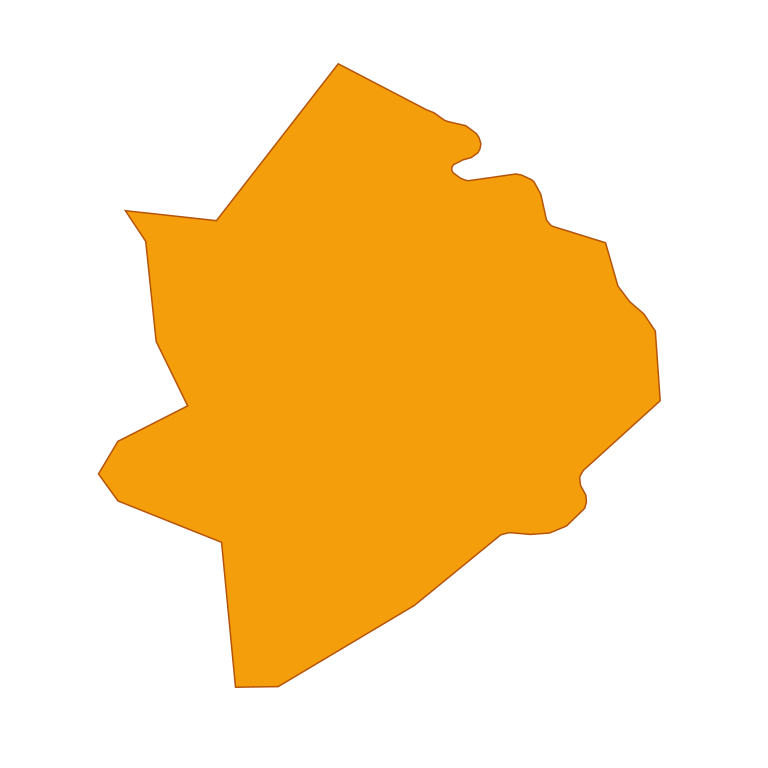 the London Borough of Barnet, rotated 275°
{"feature_id": "GBR-5705", "entity_name": "Barnet", "entity_type": "London Borough", "adm_level": 1, "iso_a3": "GBR", "parent_name": "United Kingdom", "parent_adm1": "", "projection": "robinson", "projection_center": [-0.185, 51.612], "detail": "fine", "context": "isolated", "style": "filled", "palette": "amber", "viewbox_px": 768, "rotation_deg": 275, "n_neighbors": 0, "source": "natural_earth", "source_scale": "10m", "svg_char_len": 913}
<svg xmlns="http://www.w3.org/2000/svg" viewBox="0 0 768 768"><g transform="rotate(275 384 384)"><path d="M269.5,107.4L303.7,123.9L345.1,190.3L406.6,153.3L505.3,134.2L534.1,111.3L532.1,202.8L699.0,310.5L660.8,402.6L658.6,410.1L652.2,420.9L651.1,424.3L648.4,443.0L641.4,454.3L637.3,457.4L631.8,459.6L626.6,459.1L622.5,457.4L617.1,451.0L614.1,443.0L608.7,434.4L606.6,433.0L604.7,432.8L602.7,433.0L600.5,434.4L595.8,442.0L594.2,447.0L593.9,448.9L594.0,451.0L604.7,497.0L604.2,502.7L600.2,513.6L598.2,516.0L586.6,523.7L561.5,531.6L556.8,536.1L555.7,538.5L544.0,592.4L501.9,608.5L487.4,621.6L476.5,636.7L460.3,649.7L391.4,660.6L315.3,590.1L309.8,587.5L307.4,587.1L300.2,588.6L290.7,594.8L284.0,596.0L277.6,594.7L258.5,578.2L250.0,561.9L246.9,543.0L246.9,523.3L246.4,520.2L243.8,513.3L166.2,433.7L73.3,304.9L69.0,262.5L212.1,236.0L244.3,129.2L269.5,107.4Z" fill="#f59e0b" stroke="#b45309" stroke-width="1.5"/></g></svg>